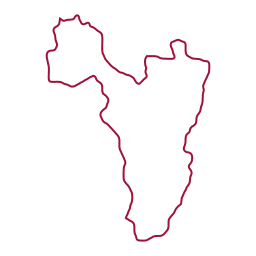 Cevicos, Sánchez Ramírez, Dominican Republic
{"feature_id": "3306468B8786854663218", "entity_name": "Cevicos", "entity_type": "district", "adm_level": 2, "iso_a3": "DOM", "parent_name": "Dominican Republic", "parent_adm1": "Sánchez Ramírez", "projection": "natural_earth1", "projection_center": [-70.001, 19.019], "detail": "fine", "context": "isolated", "style": "outline", "palette": "rose", "viewbox_px": 256, "rotation_deg": 0, "n_neighbors": 0, "source": "geoboundaries", "source_scale": "gbopen_adm2", "svg_char_len": 5707}
<svg xmlns="http://www.w3.org/2000/svg" viewBox="0 0 256 256"><path d="M80.9,22.0L80.1,20.7L79.6,19.8L79.3,18.8L78.9,16.9L78.5,16.1L78.2,15.7L77.9,15.5L77.4,15.4L77.0,15.4L76.6,15.5L75.9,15.9L75.0,16.9L74.2,18.4L73.9,18.7L73.1,19.2L72.1,19.5L67.2,19.9L66.2,20.1L64.6,20.7L63.8,20.8L63.4,20.8L62.6,20.4L60.0,18.6L59.4,22.9L59.1,24.0L58.8,24.5L58.2,25.3L57.5,25.9L55.5,27.1L54.8,27.6L54.1,28.4L53.9,28.8L53.6,29.8L53.5,30.3L53.6,31.4L54.8,34.6L55.1,35.7L55.5,39.2L55.7,40.3L56.9,43.6L57.1,44.6L57.0,45.2L56.8,46.2L56.4,47.1L55.5,48.8L55.0,49.5L54.7,49.9L54.2,50.1L53.3,50.4L50.2,50.7L49.1,51.1L48.3,51.6L47.6,52.3L47.1,53.2L46.8,54.3L46.7,56.1L46.8,57.3L47.0,58.6L47.6,61.1L48.0,63.2L48.5,65.1L48.7,66.3L48.8,67.5L48.9,70.6L48.7,77.4L48.8,79.1L49.0,80.1L49.2,80.6L49.5,81.0L49.9,81.4L50.3,81.6L51.3,81.8L52.3,81.9L57.7,81.8L59.4,81.9L60.5,82.0L61.9,82.5L63.6,83.5L64.5,83.9L66.9,84.5L67.9,84.9L70.4,86.2L70.8,86.4L71.8,86.6L73.4,86.5L74.3,86.3L74.8,86.1L76.8,84.9L78.6,84.0L81.1,82.4L82.9,81.6L85.3,80.0L87.2,79.1L89.6,77.5L92.5,76.1L93.2,75.9L93.6,75.9L94.1,76.0L94.4,76.2L95.1,76.8L95.6,77.5L96.6,79.8L97.5,80.9L98.3,81.5L99.5,82.2L100.3,82.8L101.0,83.5L101.6,84.3L102.0,85.3L102.2,86.4L102.3,91.0L102.5,92.0L102.8,93.0L103.0,93.4L103.3,93.8L105.6,95.5L106.7,96.7L107.4,97.6L108.0,98.5L108.2,99.1L108.3,99.6L108.3,100.7L108.1,101.8L107.2,104.0L106.5,106.5L106.1,107.4L105.6,108.1L104.0,109.2L102.8,110.3L102.1,111.0L101.4,111.9L100.8,112.8L100.5,113.9L100.5,115.0L100.5,115.6L100.9,116.6L102.3,119.8L102.6,120.3L103.2,121.1L103.8,121.9L104.6,122.5L106.3,123.4L107.2,124.0L108.9,125.6L117.0,134.6L118.1,136.0L118.7,137.0L118.9,137.6L119.2,138.8L119.4,140.0L119.4,146.2L119.5,147.4L119.7,148.6L120.0,149.7L121.1,152.0L121.9,154.0L123.3,156.7L124.1,158.8L124.9,160.6L125.3,161.5L125.3,162.0L125.3,163.1L125.3,163.7L124.9,164.6L124.3,165.9L124.0,166.9L123.8,168.1L123.7,169.3L123.6,172.4L123.6,176.2L123.6,178.0L123.9,179.8L124.3,180.9L125.0,181.9L126.0,183.3L128.4,186.0L129.4,187.5L131.6,192.3L131.8,192.8L132.1,193.9L132.2,195.6L132.3,198.0L132.2,199.7L131.9,201.5L131.6,202.5L130.6,204.8L130.3,205.9L129.9,208.1L129.6,209.1L128.3,211.9L127.6,214.0L126.5,216.3L126.1,217.3L125.9,218.2L127.8,219.2L129.8,220.6L132.0,221.7L132.8,222.4L133.4,223.1L133.9,224.0L134.1,224.6L134.3,225.8L134.4,227.0L134.4,230.8L134.6,232.6L134.9,233.7L135.9,236.1L136.5,238.3L136.9,239.3L137.3,239.7L137.6,240.0L138.4,240.3L139.5,240.5L142.4,240.6L143.9,240.6L145.5,240.5L146.5,240.3L147.4,239.9L149.5,238.7L151.3,237.8L153.3,236.6L154.2,236.3L155.8,236.0L160.4,235.9L161.5,235.6L162.4,235.2L163.3,234.6L164.1,233.9L165.2,232.7L167.0,230.6L167.6,229.6L168.1,228.6L168.4,227.5L168.5,226.3L168.6,222.3L168.6,221.1L168.8,220.0L169.2,218.9L170.1,217.5L173.0,214.1L174.0,212.8L174.5,211.9L175.4,209.9L176.3,208.4L177.0,207.6L178.1,206.4L178.9,205.7L180.4,204.6L180.7,204.2L180.9,203.8L181.2,202.9L181.6,199.1L181.8,198.0L182.0,197.5L183.1,195.2L184.1,192.7L186.0,189.3L186.3,188.3L186.7,187.4L188.6,184.7L189.2,183.7L189.6,182.7L189.8,181.5L190.2,178.1L190.3,177.0L190.7,176.0L191.4,174.2L191.5,173.7L191.6,172.6L191.4,171.6L191.0,170.6L189.2,168.1L188.9,167.2L188.8,166.6L188.9,166.1L189.2,165.2L191.0,162.7L191.6,161.7L191.8,161.1L192.0,160.0L192.1,158.9L192.2,157.7L192.1,156.5L191.9,155.4L191.4,154.4L190.8,153.6L190.0,153.0L189.2,152.6L186.3,152.0L185.5,151.5L184.8,150.9L184.4,150.5L184.0,149.6L183.8,148.6L183.9,147.5L184.3,146.6L185.0,144.8L185.4,143.2L185.5,141.4L185.6,138.5L185.8,136.8L186.1,135.7L186.3,135.2L186.9,134.4L187.5,133.7L188.9,132.6L189.4,131.9L189.7,131.0L190.2,129.1L190.4,128.6L190.9,127.7L191.9,126.7L194.3,125.2L195.0,124.5L195.6,123.7L195.8,123.3L196.1,122.2L196.3,121.1L196.5,118.3L196.7,117.1L196.9,116.6L197.3,115.6L199.3,112.8L200.1,111.3L200.4,110.3L201.0,107.0L202.0,104.3L202.4,102.5L202.6,101.3L202.8,95.6L203.0,93.8L203.2,92.7L203.7,90.9L203.8,90.0L203.7,89.2L203.3,87.9L203.2,87.0L203.2,85.9L203.3,85.4L203.6,84.5L204.4,82.6L205.2,80.6L206.6,77.9L207.4,75.9L208.5,73.6L208.9,72.5L209.1,71.3L209.3,68.2L209.3,66.4L209.3,64.6L209.1,63.5L208.9,63.0L208.7,62.5L208.4,62.1L208.0,61.7L207.1,61.3L204.0,60.9L203.0,60.6L200.8,59.6L199.9,59.2L198.3,59.0L194.4,58.7L192.7,58.5L191.3,57.9L187.9,56.0L187.2,55.4L186.5,54.6L186.1,53.7L185.9,53.1L185.7,51.9L185.6,50.7L185.6,45.3L185.5,44.1L185.2,43.1L184.9,42.7L184.2,42.1L181.6,41.2L179.6,40.2L178.6,39.9L177.6,39.9L177.1,40.0L176.2,40.3L174.6,41.1L172.1,42.0L171.4,42.5L171.1,43.0L170.8,43.9L170.7,45.0L170.9,46.0L171.0,46.6L172.2,49.3L172.6,50.4L173.2,53.1L174.3,55.6L174.5,56.1L174.5,57.0L174.4,57.5L174.1,58.0L173.7,58.3L173.3,58.6L172.3,58.8L170.7,58.9L163.0,58.6L161.8,58.4L160.7,58.2L159.7,57.8L157.6,56.7L156.0,56.3L153.0,56.1L146.9,56.1L145.9,57.7L145.5,58.6L145.3,59.1L145.1,60.2L145.0,61.8L145.1,63.4L145.2,64.5L145.4,65.4L146.0,67.2L146.2,68.1L146.1,68.9L145.6,70.6L145.5,71.9L145.6,72.7L145.8,73.1L146.3,74.4L146.6,75.2L146.7,76.0L146.6,76.7L146.2,77.4L144.0,79.2L141.0,82.3L139.9,83.3L139.1,83.8L138.6,83.8L138.2,83.7L137.8,83.6L137.0,83.0L136.0,82.0L134.9,80.3L134.0,78.6L133.8,78.2L133.1,77.6L130.7,76.1L129.9,75.6L128.9,75.3L126.5,74.7L125.6,74.4L123.4,73.2L122.5,72.9L120.5,72.5L119.6,72.1L119.1,71.8L118.2,71.2L115.3,68.7L113.1,67.4L112.3,66.7L111.0,65.6L109.8,64.3L106.7,60.8L105.3,59.0L104.8,58.0L104.0,56.0L103.1,54.1L102.7,53.2L102.5,52.6L102.4,51.4L102.2,49.6L102.2,46.5L102.4,39.5L102.3,37.2L102.2,36.1L102.0,35.0L101.8,34.4L101.3,33.5L101.0,33.1L100.3,32.4L99.5,31.9L97.8,30.9L94.8,28.4L93.9,27.8L93.0,27.3L91.3,26.7L90.5,26.3L90.0,25.6L89.3,23.7L89.1,23.4L88.8,23.1L88.5,22.9L88.1,22.8L87.3,22.8L86.5,23.1L85.0,23.9L84.1,24.2L83.2,24.2L82.4,24.0L81.6,23.5L81.2,22.8L80.9,22.0Z" fill="none" stroke="#9f1239" stroke-width="2"/></svg>